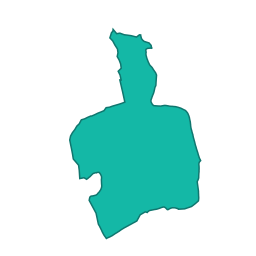 the district of Harad, Hajjah, Yemen, rotated 342°
{"feature_id": "15242507B65973742405389", "entity_name": "Harad", "entity_type": "district", "adm_level": 2, "iso_a3": "YEM", "parent_name": "Yemen", "parent_adm1": "Hajjah", "projection": "equal_earth", "projection_center": [43.134, 16.476], "detail": "fine", "context": "isolated", "style": "filled", "palette": "teal", "viewbox_px": 256, "rotation_deg": 342, "n_neighbors": 0, "source": "geoboundaries", "source_scale": "gbopen_adm2", "svg_char_len": 4789}
<svg xmlns="http://www.w3.org/2000/svg" viewBox="0 0 256 256"><g transform="rotate(342 128 128)"><path d="M168.8,43.4L168.1,43.1L167.6,42.9L167.4,43.0L164.8,43.9L164.2,44.1L159.4,41.1L155.7,39.3L153.3,38.2L149.6,35.3L146.4,34.8L144.3,29.6L143.5,31.3L141.8,32.2L138.6,36.7L140.4,40.5L141.2,45.1L142.4,49.6L141.7,53.4L139.8,56.7L140.6,60.6L140.8,64.8L140.0,69.1L136.2,71.0L136.8,75.2L136.3,80.2L135.1,79.8L134.0,92.4L133.0,102.4L129.8,102.6L126.3,102.6L120.3,102.4L119.8,102.4L119.6,102.4L117.5,102.5L116.8,102.5L113.5,101.9L110.5,104.1L107.1,104.4L103.7,104.6L100.3,105.1L96.9,105.4L96.3,105.1L92.8,105.4L89.5,105.9L86.2,105.8L85.6,106.3L83.0,108.9L79.9,110.4L76.9,113.1L73.8,115.2L70.9,117.9L68.9,121.4L68.3,126.2L67.8,130.8L67.2,135.5L66.4,140.6L68.0,144.4L69.5,148.1L68.5,153.4L66.5,161.2L70.8,161.7L72.8,164.0L73.3,163.8L74.3,163.5L75.9,162.8L76.6,162.6L79.5,161.1L80.1,160.8L81.0,160.5L81.8,160.5L82.9,160.5L83.3,160.5L84.2,160.9L84.5,160.7L85.2,160.8L86.0,161.0L86.6,161.2L86.9,161.4L87.4,162.8L87.5,163.2L87.6,163.7L87.7,164.6L87.8,165.1L87.8,165.7L87.7,166.5L87.6,166.8L87.3,167.7L87.0,168.3L86.8,168.7L86.5,169.7L86.1,171.2L85.8,172.2L85.5,173.4L85.3,174.4L84.9,175.5L84.5,176.3L83.9,177.1L83.3,177.9L82.6,178.6L81.9,179.1L81.1,179.7L80.3,180.3L79.5,180.6L78.4,181.4L77.6,181.7L76.8,181.9L76.0,181.9L75.1,181.8L74.2,181.8L73.4,181.7L72.5,181.5L71.7,181.4L70.9,181.6L70.2,182.2L69.7,183.0L69.2,183.9L68.7,184.8L71.3,199.1L70.9,202.9L70.1,210.3L70.3,211.3L70.6,212.5L70.7,213.5L70.9,214.5L71.0,215.6L71.2,216.6L71.3,217.7L71.4,218.8L71.6,219.9L71.8,221.1L72.0,222.2L72.3,223.3L72.7,224.4L73.0,225.5L73.3,226.4L74.3,226.2L75.1,226.1L76.3,226.0L77.4,225.9L78.3,225.7L79.2,225.6L80.1,225.4L81.0,225.1L81.8,224.9L82.7,224.6L83.6,224.4L84.5,224.2L85.4,224.0L86.4,223.7L87.4,223.5L88.1,223.3L88.2,223.2L89.2,222.9L90.2,222.6L91.0,222.4L91.8,222.2L92.7,222.0L93.5,221.8L94.5,221.6L95.3,221.5L96.2,221.3L97.2,221.1L98.1,221.0L99.2,220.7L100.1,220.6L101.1,220.4L102.1,220.2L103.2,220.0L104.1,219.8L105.1,219.7L105.9,219.5L106.8,219.3L107.6,219.2L112.8,214.3L118.5,213.1L120.2,214.3L120.9,213.8L121.8,213.5L122.6,213.2L123.4,213.2L124.3,213.3L125.2,213.4L126.0,213.5L127.0,213.6L127.9,213.7L129.0,213.9L129.8,214.0L130.7,214.1L131.8,214.1L132.6,214.1L133.7,214.1L134.0,214.0L134.8,214.0L135.6,214.0L136.4,214.0L137.3,214.1L138.1,214.4L138.7,215.1L139.3,216.0L139.7,216.9L140.2,217.8L141.0,218.0L141.9,217.8L142.8,217.6L143.6,217.5L144.5,217.5L145.3,217.5L146.2,217.8L147.1,218.1L147.9,218.4L148.6,218.8L149.4,219.4L150.1,219.8L150.8,220.4L150.8,220.8L156.5,222.3L157.0,222.4L164.2,222.3L168.7,220.7L172.4,219.1L172.7,218.6L173.1,217.7L173.5,216.8L173.9,215.6L174.1,214.6L174.5,213.3L174.8,212.2L175.1,211.1L175.5,209.9L175.7,208.8L177.2,200.5L177.3,200.3L178.3,199.3L179.7,197.5L180.1,196.5L180.4,195.5L180.8,194.5L181.2,193.4L181.7,192.3L182.1,191.4L182.4,190.4L182.8,189.3L183.2,188.2L183.5,187.1L183.8,186.1L184.0,185.0L184.3,184.0L184.8,183.1L185.4,182.4L186.2,181.9L187.0,181.5L186.9,180.5L186.7,179.5L186.6,178.3L186.6,177.1L186.6,176.0L186.6,174.8L186.7,173.6L186.7,172.4L186.7,171.0L186.7,169.9L186.7,168.7L186.8,167.4L186.8,166.2L186.8,164.9L186.9,163.8L187.0,162.5L187.1,161.3L187.1,160.1L187.2,159.1L187.2,158.0L187.3,156.8L187.4,155.7L187.6,154.5L187.6,153.4L187.6,152.3L187.7,150.9L187.8,149.6L187.8,148.5L187.9,147.4L188.1,146.2L188.3,145.1L188.6,144.0L188.8,142.9L189.1,141.6L189.2,140.6L189.3,139.5L189.4,138.4L189.6,137.1L189.6,136.0L189.6,135.3L189.6,134.9L189.5,133.8L189.4,132.6L189.1,131.6L188.7,130.5L188.3,129.6L187.8,128.8L187.1,128.2L186.4,127.5L185.7,126.8L185.0,126.1L184.3,125.4L183.4,124.8L182.6,124.2L181.8,123.6L181.1,123.2L180.3,122.7L179.8,122.4L179.4,122.2L178.6,121.9L177.7,121.5L176.9,121.1L176.0,120.8L175.2,120.5L174.1,120.0L173.3,119.5L172.5,119.1L171.6,118.6L170.8,118.2L170.7,118.2L170.0,117.9L169.2,117.7L168.2,117.6L167.1,117.4L166.5,117.4L166.2,117.4L164.1,116.6L163.0,116.2L159.4,114.7L158.9,113.9L158.4,112.8L158.2,111.7L158.0,110.6L158.0,110.4L158.1,109.6L158.5,108.5L159.1,107.7L159.7,107.0L160.3,106.1L161.0,105.3L161.5,104.6L162.2,103.8L162.9,103.0L163.4,102.3L164.0,101.4L164.6,100.4L165.2,99.4L165.7,98.5L166.2,97.6L166.8,97.1L167.6,96.2L168.1,95.0L168.7,93.4L171.5,86.5L171.3,84.0L170.1,80.0L170.0,79.4L169.7,78.2L169.3,77.2L168.8,76.2L168.7,76.1L168.3,75.2L168.0,74.1L167.9,73.0L167.7,71.8L167.6,70.6L167.6,69.5L167.5,68.3L167.5,67.0L167.6,65.9L167.6,65.2L167.6,64.8L167.8,63.7L168.1,62.6L168.6,61.7L169.0,59.3L169.5,58.7L171.0,58.3L173.9,58.9L174.8,59.4L175.3,59.4L175.4,59.0L175.3,58.1L175.5,56.5L174.3,53.6L170.2,50.7L169.6,49.8L169.1,49.0L169.1,48.9L168.7,48.0L168.6,47.5L168.5,47.0L168.5,46.6L168.5,46.4L168.5,46.2L168.5,45.8L168.7,43.9L168.7,43.7L168.8,43.4L168.8,43.4Z" fill="#14b8a6" stroke="#0f766e" stroke-width="1.5"/></g></svg>